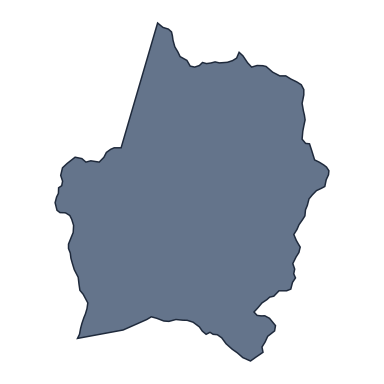 outline of Cachoeira de Goiás, Goiás, Brazil
{"feature_id": "56859067B5572489257411", "entity_name": "Cachoeira de Goiás", "entity_type": "district", "adm_level": 2, "iso_a3": "BRA", "parent_name": "Brazil", "parent_adm1": "Goiás", "projection": "robinson", "projection_center": [-50.689, -16.714], "detail": "fine", "context": "isolated", "style": "filled", "palette": "slate", "viewbox_px": 384, "rotation_deg": 0, "n_neighbors": 0, "source": "geoboundaries", "source_scale": "gbopen_adm2", "svg_char_len": 2023}
<svg xmlns="http://www.w3.org/2000/svg" viewBox="0 0 384 384"><path d="M239.1,52.3L236.6,58.1L232.6,60.6L227.4,62.3L219.4,62.9L215.1,61.9L210.9,63.0L206.5,63.6L202.5,62.5L199.4,65.5L194.7,67.1L190.2,66.1L186.9,60.4L180.1,56.6L177.9,52.0L174.8,46.8L173.0,40.2L172.4,35.8L171.5,31.9L168.4,29.1L162.9,27.4L157.6,23.0L121.1,147.8L114.2,147.8L110.7,149.3L106.4,152.4L103.9,157.3L99.2,162.1L90.8,160.8L85.9,162.1L81.9,158.6L75.1,157.2L67.2,163.4L62.5,167.8L60.7,175.4L62.6,181.2L61.7,185.7L58.6,187.8L58.4,193.4L56.6,197.0L55.1,202.7L57.0,210.3L60.0,212.6L65.4,212.8L69.8,215.5L71.7,219.3L73.6,225.4L73.2,232.5L71.1,237.6L68.5,244.1L68.5,248.5L70.3,253.1L70.9,258.1L72.3,263.2L74.3,269.7L78.2,277.3L79.0,284.2L79.9,290.3L83.2,294.3L87.8,302.9L87.0,308.6L85.4,314.0L83.9,317.6L81.9,323.5L80.6,328.4L79.5,334.3L77.5,338.4L123.1,330.0L146.8,319.5L151.3,316.8L156.8,318.3L163.8,321.0L168.9,321.4L175.9,319.5L183.0,320.2L187.2,320.3L193.1,322.2L199.4,326.9L202.3,331.1L206.1,334.3L210.0,332.3L213.1,334.3L217.3,334.7L221.7,337.8L226.1,343.8L232.3,349.3L237.3,352.8L242.8,357.6L250.5,361.0L255.8,357.2L263.0,352.3L262.0,347.0L265.1,342.0L267.7,336.3L270.8,333.9L274.6,330.9L275.5,325.6L269.5,318.3L264.8,315.8L261.1,315.9L257.1,315.4L254.0,312.0L257.6,308.1L262.0,302.9L266.8,299.7L269.7,297.1L273.8,296.2L279.0,290.8L286.6,290.8L290.8,289.1L292.5,282.4L295.5,277.9L293.7,273.8L294.7,269.1L292.8,263.6L296.1,256.9L298.9,252.5L300.2,247.1L298.1,243.6L296.3,240.4L293.8,234.5L297.0,229.4L299.0,224.7L302.9,219.1L304.9,215.9L305.5,209.8L307.3,205.5L309.0,198.9L312.3,194.9L316.5,190.6L321.2,188.4L324.8,186.5L326.2,179.8L328.5,174.8L328.9,170.8L326.5,167.1L323.8,165.0L319.3,162.2L314.6,159.9L311.7,150.5L309.5,143.8L305.6,143.4L302.1,139.2L302.8,131.2L304.0,125.0L305.1,119.9L304.4,115.1L303.4,110.9L302.1,103.4L303.8,94.9L303.8,89.6L301.3,84.8L297.1,82.1L290.8,79.0L285.8,75.9L279.8,75.9L272.7,72.2L266.1,66.5L262.8,65.7L257.1,65.5L251.6,67.1L247.6,62.8L242.9,55.8L239.1,52.3Z" fill="#64748b" stroke="#1e293b" stroke-width="1.5"/></svg>